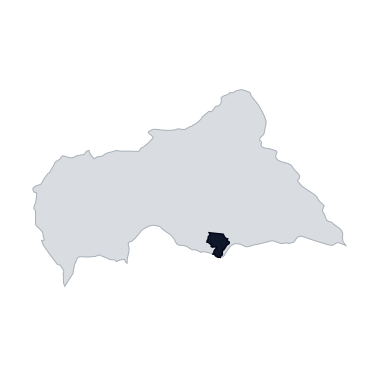 Gambo, Mbomou, Central African Republic (highlighted), rotated 6°
{"feature_id": "33826404B57857240211029", "entity_name": "Gambo", "entity_type": "district", "adm_level": 2, "iso_a3": "CAF", "parent_name": "Central African Republic", "parent_adm1": "Mbomou", "projection": "orthographic", "projection_center": [22.185, 4.592], "detail": "fine", "context": "in_parent", "style": "filled", "palette": "ink", "viewbox_px": 384, "rotation_deg": 6, "n_neighbors": 0, "source": "geoboundaries", "source_scale": "gbopen_adm2", "svg_char_len": 5176}
<svg xmlns="http://www.w3.org/2000/svg" viewBox="0 0 384 384"><g transform="rotate(6 192 192)"><path d="M268.1,141.5L271.7,142.4L272.3,143.5L271.4,147.1L272.1,149.4L274.1,151.3L276.2,152.1L278.1,152.6L285.0,153.7L287.8,155.0L291.6,159.3L296.3,163.1L297.5,165.1L297.3,167.0L295.9,169.3L296.1,170.2L298.3,172.4L300.8,174.8L305.4,177.3L313.3,181.3L316.9,184.0L318.1,186.0L320.2,188.2L323.0,190.3L324.9,191.8L323.6,196.3L324.0,197.7L324.7,199.0L326.4,200.7L327.1,202.9L328.7,205.7L330.7,207.0L333.9,207.4L335.6,208.7L339.2,210.9L342.7,212.8L344.2,214.2L345.1,215.3L345.9,216.7L346.3,218.1L346.4,221.1L347.0,224.8L348.9,227.3L350.6,229.2L343.6,227.1L342.5,227.1L341.3,227.4L337.6,230.2L336.4,230.5L331.8,230.0L320.6,227.9L311.9,225.9L309.3,225.2L304.7,224.5L301.6,225.9L298.8,230.7L297.9,231.6L293.4,233.1L291.3,232.7L286.1,234.0L278.0,232.1L275.1,232.5L272.9,233.5L267.1,235.6L263.6,236.9L259.5,238.0L255.6,239.7L253.0,240.7L250.5,240.7L248.1,239.7L245.6,238.9L242.6,238.7L239.4,239.2L236.8,241.1L235.7,242.4L233.4,246.0L230.6,251.9L229.6,253.1L228.6,253.7L216.0,250.8L210.5,250.1L206.9,251.0L202.3,249.3L200.2,249.1L199.3,249.6L196.7,248.8L192.6,246.8L188.6,246.0L185.0,246.3L182.8,245.6L181.0,243.6L178.8,240.1L174.7,236.5L169.2,233.7L165.8,231.5L164.4,230.1L161.5,229.3L156.9,229.1L152.6,230.5L146.3,234.9L140.4,243.9L137.2,247.4L134.6,248.3L133.9,250.5L135.2,253.9L135.5,257.9L134.6,264.7L134.9,269.7L133.5,268.9L132.2,266.6L131.6,266.1L127.7,267.1L125.8,268.0L124.7,268.9L123.9,269.1L122.7,267.8L121.7,267.6L120.2,267.8L118.7,267.8L117.7,267.6L117.0,267.7L115.2,266.9L108.6,265.0L107.5,264.4L106.2,264.4L102.7,266.1L100.9,266.5L95.5,267.5L89.7,267.9L87.4,268.0L85.9,268.7L84.9,269.7L83.0,276.0L82.6,277.0L82.6,278.6L82.1,283.6L82.3,285.2L75.3,299.0L74.1,296.7L73.4,294.0L73.2,290.9L73.3,290.1L72.9,289.2L72.3,286.6L72.9,285.0L72.4,283.3L71.1,281.6L69.9,280.3L69.1,279.1L68.6,278.6L67.2,278.4L65.4,277.8L57.7,269.6L49.7,260.4L48.1,257.5L47.5,255.8L49.4,255.6L49.9,255.3L50.0,254.5L48.8,252.1L48.2,249.1L47.3,247.3L44.1,244.5L41.2,242.3L40.2,241.2L39.7,239.7L38.7,229.8L38.2,227.0L37.2,225.8L36.6,225.2L36.3,224.5L36.5,222.7L36.9,221.2L36.9,220.6L37.7,219.2L37.8,210.1L36.9,208.8L35.1,208.8L34.1,207.5L33.4,205.8L33.6,204.6L35.4,202.8L36.5,202.1L39.9,200.6L40.9,199.9L41.5,199.0L42.0,197.8L44.0,193.2L47.0,188.5L48.3,187.6L51.3,180.7L52.1,179.0L52.6,177.2L53.6,175.8L56.8,173.5L59.4,169.5L62.0,169.7L64.7,170.4L68.2,170.7L70.9,170.0L72.7,168.4L81.2,165.7L81.9,163.6L83.2,162.4L84.8,161.4L85.3,161.3L85.4,162.0L86.4,164.3L88.3,166.6L91.1,169.1L91.9,168.9L93.6,167.1L98.1,165.9L99.2,165.4L102.4,162.7L106.2,161.0L108.4,160.4L112.2,158.6L114.9,158.8L119.3,158.6L126.6,157.8L131.8,157.5L134.5,157.2L135.2,156.8L136.2,154.2L137.0,153.5L139.0,152.3L142.9,148.4L145.5,145.0L146.2,143.8L146.8,143.6L147.9,142.2L146.8,140.8L142.5,137.8L142.6,137.4L142.3,136.9L142.6,136.5L144.2,135.3L146.5,133.9L148.8,133.4L155.0,133.5L160.3,133.3L161.5,133.3L165.7,132.6L168.5,132.0L171.4,130.6L177.9,130.8L183.4,127.1L185.0,126.5L185.7,125.9L185.9,125.4L188.4,123.9L191.3,121.0L193.6,118.3L194.2,116.4L200.4,110.0L202.6,110.1L203.6,109.4L206.1,105.1L206.8,104.3L209.4,103.5L210.6,102.3L211.6,100.4L211.6,98.1L211.2,96.2L211.2,95.3L211.8,94.5L212.7,93.6L217.4,91.3L218.6,90.2L219.3,89.2L220.6,89.1L222.1,89.2L223.0,88.5L224.0,87.5L227.2,86.1L230.2,85.0L233.4,85.4L239.1,86.9L240.8,89.9L241.6,91.0L248.7,98.2L250.1,99.9L253.6,105.1L255.8,108.6L258.2,113.7L258.5,116.5L258.2,118.8L257.7,125.5L257.1,127.5L254.0,131.1L253.8,132.7L254.5,134.1L255.4,134.6L256.0,135.3L255.7,138.4L256.8,139.7L259.1,140.5L265.1,141.0L268.1,141.5Z" fill="#d9dde1" stroke="#a8b0b8" stroke-width="1"/><path d="M232.2,234.9L231.3,234.9L230.6,234.5L228.9,233.3L228.3,232.0L227.3,230.7L213.3,230.7L213.6,231.2L214.3,232.4L214.2,233.1L213.0,234.5L212.9,235.2L212.9,237.4L212.3,238.4L212.2,238.9L212.2,239.4L212.0,239.7L212.0,240.1L212.1,240.3L212.6,240.4L212.8,240.3L213.2,240.3L213.6,240.4L213.9,240.6L214.4,241.0L214.7,241.3L215.0,241.3L215.4,241.2L216.0,242.1L216.8,243.0L217.2,243.4L217.3,243.8L216.9,244.2L217.2,244.4L218.1,244.7L218.8,244.6L219.1,244.3L219.6,244.2L220.0,244.2L220.5,244.1L221.0,244.1L221.7,244.2L221.9,244.5L222.2,244.9L221.8,245.4L221.7,246.0L220.8,247.0L220.8,247.5L220.0,248.6L220.1,249.4L220.3,250.2L220.1,250.5L219.7,250.7L219.4,250.9L219.3,251.6L219.5,251.6L219.8,251.6L220.1,251.6L220.3,251.6L220.6,251.7L220.7,251.8L220.9,251.9L221.1,252.1L221.3,252.2L221.4,252.3L221.6,252.4L221.7,252.6L221.8,252.7L221.9,252.8L222.1,252.9L222.1,253.1L222.3,253.2L222.7,253.4L222.9,253.5L223.0,253.6L223.3,253.7L223.6,253.8L223.8,253.9L224.0,254.0L224.3,254.1L224.5,254.2L224.9,254.2L225.1,254.2L225.3,254.2L225.5,254.1L225.9,254.0L226.1,254.0L226.4,253.9L226.6,253.9L226.8,253.9L227.0,254.0L227.1,253.4L227.3,253.1L227.3,252.6L227.4,252.2L227.9,251.9L228.4,251.7L228.7,251.3L228.6,249.8L228.4,247.8L228.6,247.0L228.5,246.6L228.9,246.6L229.1,246.5L229.0,246.3L229.0,246.0L229.3,246.0L229.6,246.1L229.8,245.7L230.3,245.0L232.0,241.5L232.4,240.9L233.9,239.8L234.3,239.1L234.4,238.7L234.4,238.4L234.1,237.7L233.3,237.4L232.2,236.8L232.1,235.1L232.2,234.9Z" fill="#0f172a" stroke="#020617" stroke-width="1.5"/></g></svg>